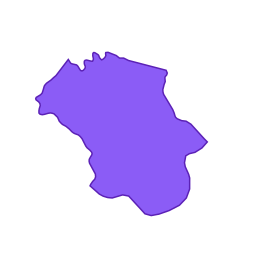 map outline of Krapinsko-Zagorska (Albers equal-area conic projection), rotated 223°
{"feature_id": "HRV-1582", "entity_name": "Krapinsko-Zagorska", "entity_type": "County", "adm_level": 1, "iso_a3": "HRV", "parent_name": "Croatia", "parent_adm1": "", "projection": "albers", "projection_center": [16.026, 46.085], "detail": "fine", "context": "isolated", "style": "filled", "palette": "violet", "viewbox_px": 256, "rotation_deg": 223, "n_neighbors": 0, "source": "natural_earth", "source_scale": "10m", "svg_char_len": 1914}
<svg xmlns="http://www.w3.org/2000/svg" viewBox="0 0 256 256"><g transform="rotate(223 128 128)"><path d="M94.6,63.9L95.6,63.2L99.7,61.2L104.0,60.1L116.3,59.8L116.9,61.5L117.4,64.9L117.4,68.0L118.4,70.2L120.5,72.1L132.1,76.0L133.8,77.2L135.0,78.7L135.7,81.4L136.1,83.5L136.8,84.8L138.1,85.5L140.6,85.8L144.4,85.6L146.6,86.0L154.2,88.8L157.2,89.2L159.6,89.1L162.8,87.7L164.5,87.2L166.4,87.0L170.4,87.2L174.6,86.9L178.4,85.9L180.5,85.9L182.9,86.1L186.8,87.8L191.8,87.9L193.3,87.2L194.9,86.2L196.3,84.5L198.5,80.9L199.8,79.2L201.7,78.1L203.3,78.2L205.0,80.0L206.1,81.7L207.5,84.6L209.1,85.8L211.1,86.2L214.5,85.9L215.5,86.5L216.0,87.8L214.6,92.7L214.6,95.0L215.9,97.8L217.7,101.3L217.9,101.8L218.1,103.3L218.1,105.3L217.0,110.6L216.8,114.0L216.4,117.2L218.4,137.4L214.6,136.4L214.1,136.3L213.7,136.4L212.6,136.8L208.8,139.0L207.9,139.1L206.8,139.0L202.9,137.9L201.6,137.8L200.6,138.4L200.0,139.7L200.1,142.0L200.6,143.2L201.4,144.0L203.0,144.7L204.0,145.4L204.7,146.1L205.5,147.1L205.5,148.3L204.6,149.5L200.5,151.8L199.5,152.7L200.0,154.3L200.5,155.0L203.0,156.8L203.8,157.7L204.6,158.7L204.6,159.7L203.8,160.4L201.1,161.0L199.9,161.2L199.0,161.1L197.4,160.3L196.3,159.9L195.2,159.8L194.3,159.8L193.8,159.8L193.5,160.4L193.2,161.3L193.0,163.7L193.3,164.9L193.6,165.8L195.1,167.1L195.5,167.6L195.7,168.0L194.9,169.0L194.1,169.8L186.0,173.0L182.0,173.3L178.8,176.2L173.7,177.7L139.5,196.2L136.8,195.0L135.9,193.2L135.8,191.0L135.4,190.0L132.4,187.3L131.3,184.5L128.7,179.8L127.0,178.2L124.9,176.9L107.9,172.0L104.4,170.4L102.1,169.0L100.6,168.3L98.4,168.3L93.7,170.0L90.2,172.6L84.6,173.7L65.3,172.1L60.5,171.9L60.3,163.8L62.4,155.9L65.6,151.1L66.8,147.0L65.4,144.9L63.0,141.1L59.7,138.7L52.1,135.5L48.8,133.5L46.7,131.2L41.3,125.4L37.6,116.6L37.7,106.7L41.6,95.7L46.7,86.0L47.7,84.7L51.3,79.8L57.1,76.8L61.7,77.2L81.1,78.7L86.3,75.4L91.8,66.1L94.6,63.9Z" fill="#8b5cf6" stroke="#5b21b6" stroke-width="1.5"/></g></svg>